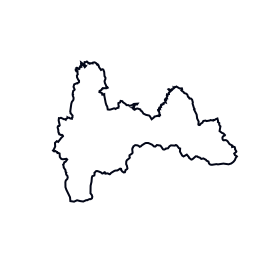 Dungu, Orientale, Democratic Republic of the Congo (Robinson projection), rotated 152°
{"feature_id": "63176286B6974395638231", "entity_name": "Dungu", "entity_type": "district", "adm_level": 2, "iso_a3": "COD", "parent_name": "Democratic Republic of the Congo", "parent_adm1": "Orientale", "projection": "robinson", "projection_center": [28.274, 4.004], "detail": "fine", "context": "isolated", "style": "outline", "palette": "ink", "viewbox_px": 256, "rotation_deg": 152, "n_neighbors": 0, "source": "geoboundaries", "source_scale": "gbopen_adm2", "svg_char_len": 5814}
<svg xmlns="http://www.w3.org/2000/svg" viewBox="0 0 256 256"><g transform="rotate(152 128 128)"><path d="M61.8,137.7L63.8,138.6L65.8,141.9L66.8,141.8L67.3,142.2L68.4,141.7L68.8,142.5L69.4,141.5L70.7,141.2L70.9,141.4L71.2,140.9L72.2,140.7L72.5,141.7L72.9,141.8L73.4,142.8L73.8,143.2L74.2,143.2L73.8,141.6L73.3,141.2L73.8,140.8L73.8,140.3L75.4,140.0L75.9,138.8L76.4,139.1L77.0,138.8L77.4,139.1L77.6,138.7L77.9,139.2L78.5,138.4L78.2,137.7L79.3,136.9L79.7,136.2L79.7,135.7L80.4,135.9L80.8,135.3L81.2,136.2L82.0,135.8L82.0,135.2L82.3,135.0L82.1,134.5L82.6,133.5L82.7,132.9L83.1,133.4L84.8,133.2L85.1,132.8L85.3,133.1L86.0,132.5L86.9,132.9L87.3,132.4L88.0,132.2L88.2,132.6L88.9,131.9L89.0,131.0L90.8,131.3L91.0,131.1L90.4,130.5L90.6,130.0L90.8,130.3L91.2,130.1L91.8,130.3L92.3,129.6L93.0,129.8L93.1,129.5L92.5,129.3L92.4,128.7L93.0,128.1L93.1,126.6L94.0,125.3L93.5,124.7L93.6,124.4L94.0,124.5L94.7,123.8L95.6,124.6L95.9,124.5L96.3,125.0L98.6,125.4L99.2,125.7L100.0,125.2L103.0,124.6L103.2,128.3L103.5,129.1L105.9,131.1L107.6,133.4L107.9,136.3L108.6,137.4L108.4,138.6L110.5,140.8L111.5,141.1L113.6,141.0L114.3,142.0L114.4,142.7L113.9,143.3L114.1,143.5L113.4,143.3L113.5,144.0L112.5,144.0L112.3,144.6L112.0,144.5L111.2,145.1L109.8,145.1L109.0,144.5L108.1,145.0L111.5,146.5L114.1,146.3L116.3,146.9L116.9,148.0L118.6,148.9L118.8,150.2L120.4,153.2L120.4,154.3L121.8,155.4L123.0,154.3L124.8,154.5L125.4,153.4L126.0,151.4L126.7,151.0L126.9,150.4L129.2,150.9L130.0,150.6L131.0,151.9L134.7,152.5L136.0,153.0L137.2,153.9L136.2,156.9L136.4,158.0L135.9,160.7L133.7,167.8L133.1,169.0L134.5,169.1L135.1,169.6L134.4,170.5L135.2,171.9L136.4,173.1L135.8,174.0L133.5,174.1L132.5,174.8L131.8,174.6L131.5,175.0L128.4,173.2L127.0,173.1L127.1,174.1L127.7,174.7L127.4,175.9L127.3,178.5L126.7,180.4L124.9,181.9L124.3,183.0L124.4,184.8L122.7,188.7L122.4,191.2L123.2,192.0L124.6,191.9L125.0,195.2L124.6,197.2L124.8,198.2L125.3,198.0L125.7,198.7L125.5,199.2L125.6,200.0L126.6,201.6L128.1,202.2L128.5,202.2L128.9,201.7L129.3,202.2L131.5,202.7L131.4,203.3L132.6,203.7L132.4,204.1L133.1,206.0L134.8,206.0L135.4,206.5L135.9,205.9L136.9,205.3L136.6,203.8L135.9,202.6L137.6,202.0L137.8,204.1L138.6,205.0L138.3,205.5L138.2,207.0L138.6,207.8L138.8,207.1L139.3,206.9L139.9,205.3L141.0,205.0L140.6,203.9L141.2,203.9L142.0,204.2L142.6,204.1L143.2,203.0L143.7,203.0L144.0,203.7L144.6,203.9L144.8,204.4L144.7,205.0L145.1,205.3L145.3,205.3L145.5,204.4L146.6,204.4L147.0,203.8L147.0,202.6L146.2,202.5L145.9,202.0L146.3,201.0L146.7,200.7L147.1,199.0L148.5,198.3L149.2,196.7L149.3,193.9L149.0,192.8L149.7,191.5L150.2,191.3L151.7,191.5L151.9,191.2L152.6,191.6L155.0,191.8L156.8,189.9L157.0,187.1L157.5,186.7L158.9,186.5L160.6,184.5L160.8,183.4L161.2,183.4L161.6,182.3L161.8,180.4L162.5,179.1L163.3,178.3L165.3,177.4L166.7,176.0L171.3,169.6L171.4,168.7L171.8,168.2L171.1,165.0L172.1,163.4L172.6,163.4L173.2,162.5L174.5,163.5L175.2,164.8L176.0,165.1L176.4,165.8L176.7,165.2L178.4,165.1L179.1,164.5L179.6,165.4L180.5,165.9L182.4,168.5L184.0,168.8L184.4,169.1L185.7,167.2L187.0,162.5L187.8,162.1L188.7,162.5L189.2,162.3L189.9,161.5L190.5,158.9L191.4,157.1L191.3,156.0L191.7,155.5L191.6,154.5L190.9,154.1L190.6,153.4L189.5,152.9L189.1,151.9L189.2,151.3L191.6,150.6L196.2,148.5L197.0,149.8L199.5,149.1L201.0,145.8L203.7,143.8L204.8,143.3L204.2,142.0L202.9,141.8L202.2,140.2L201.8,140.0L202.0,139.0L201.3,138.8L200.4,137.6L201.8,134.4L201.5,132.3L200.8,131.4L199.6,130.7L196.8,129.7L196.5,128.7L198.8,127.6L199.7,127.5L200.1,127.7L201.1,127.0L201.7,126.3L202.5,126.1L202.8,124.4L203.3,123.3L203.0,120.1L203.7,118.7L203.4,117.6L203.9,117.3L204.4,115.9L204.0,114.2L204.4,112.7L205.5,111.5L207.5,110.9L208.7,109.6L211.0,105.1L211.4,102.5L211.7,94.1L213.2,90.5L210.2,88.3L206.9,88.1L204.5,85.9L202.0,84.1L198.7,83.9L198.0,83.4L195.4,83.3L194.4,82.7L192.9,82.8L191.8,84.0L191.4,85.9L191.8,87.9L188.1,94.6L185.5,97.6L183.1,101.3L182.1,102.2L180.0,101.9L179.0,103.2L178.8,104.1L176.5,104.9L175.6,104.6L174.5,103.6L172.8,101.6L172.1,99.9L171.3,99.7L169.5,100.0L169.2,99.7L169.5,98.4L169.1,98.1L168.0,97.9L167.2,97.4L166.0,95.8L165.6,95.7L164.0,96.3L160.3,96.5L159.3,96.4L157.2,95.5L154.0,95.8L153.3,95.2L153.4,94.6L153.8,94.1L153.5,92.4L152.6,90.7L151.5,90.4L149.9,92.0L148.0,92.2L147.5,92.5L146.7,95.1L146.6,97.0L145.2,99.3L144.1,100.1L140.8,100.7L140.2,101.2L140.0,102.4L139.5,103.2L136.1,103.6L135.4,104.3L134.4,106.9L133.6,108.1L132.7,108.4L132.0,109.2L129.7,109.5L128.0,108.4L127.0,107.3L126.5,105.9L125.2,105.8L124.0,106.2L120.4,106.5L119.4,106.4L117.2,105.3L114.6,102.0L113.7,99.5L112.6,98.8L110.5,99.4L107.7,97.3L107.4,96.1L107.1,92.8L106.3,92.0L104.8,91.8L104.3,92.1L102.2,91.3L99.9,92.4L98.2,92.5L94.8,90.4L94.1,90.6L93.6,90.4L93.0,89.4L92.5,86.3L91.6,85.4L93.2,82.8L93.1,78.2L92.3,76.8L88.6,76.9L87.9,73.7L88.1,73.1L87.0,70.5L86.6,70.2L85.2,70.3L81.5,71.2L80.1,70.3L79.9,69.6L78.4,68.0L77.8,66.3L75.7,65.7L74.1,63.3L74.0,62.3L72.7,60.6L73.1,58.8L72.9,57.7L72.2,56.8L71.2,56.1L66.9,54.6L65.6,53.6L60.5,51.8L56.2,48.7L53.5,48.2L50.9,48.6L48.7,49.5L47.1,50.9L45.2,51.8L46.3,53.9L46.2,55.6L43.7,56.1L43.3,56.5L43.5,59.0L43.0,59.7L42.8,61.2L43.9,62.1L45.0,62.3L44.9,62.7L44.1,63.5L45.9,66.1L46.3,69.6L46.9,70.9L47.8,71.7L49.3,72.2L49.7,72.7L49.7,74.0L49.0,75.4L47.6,76.1L46.0,76.0L45.7,76.2L46.3,78.4L47.3,79.5L48.6,82.3L45.6,86.1L45.9,86.8L45.9,88.2L45.1,89.5L45.8,91.0L45.2,91.9L44.6,94.4L46.3,94.6L48.0,94.4L48.8,95.0L49.3,94.6L51.5,96.3L52.2,96.2L54.7,97.0L55.5,97.3L56.0,98.1L58.0,98.8L58.3,98.8L59.7,97.8L61.9,97.6L62.9,97.0L63.4,97.0L64.2,97.6L64.2,98.1L62.6,100.5L62.5,103.9L61.1,107.6L61.0,113.3L60.3,113.5L60.4,114.8L59.5,119.3L58.7,120.2L58.1,123.0L58.7,124.6L59.9,125.1L60.0,125.8L59.8,126.3L60.4,127.5L60.0,129.1L60.2,130.4L60.6,131.1L61.9,132.4L62.1,133.9L62.8,135.0L63.2,136.2L62.1,136.6L61.8,137.7Z" fill="none" stroke="#020617" stroke-width="2"/></g></svg>